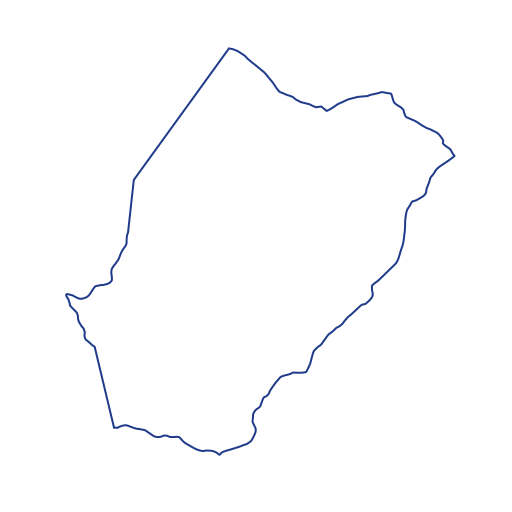 Tatumbla, Francisco Morazán, Honduras, rotated 98°
{"feature_id": "27666195B81412432628344", "entity_name": "Tatumbla", "entity_type": "district", "adm_level": 2, "iso_a3": "HND", "parent_name": "Honduras", "parent_adm1": "Francisco Morazán", "projection": "orthographic", "projection_center": [-87.059, 13.986], "detail": "fine", "context": "isolated", "style": "outline", "palette": "blue", "viewbox_px": 512, "rotation_deg": 98, "n_neighbors": 0, "source": "geoboundaries", "source_scale": "gbopen_adm2", "svg_char_len": 6029}
<svg xmlns="http://www.w3.org/2000/svg" viewBox="0 0 512 512"><g transform="rotate(98 256 256)"><path d="M197.7,387.6L250.5,386.0L252.5,386.4L253.8,386.6L254.6,386.6L258.0,386.4L260.9,386.0L261.9,386.0L262.9,386.2L264.2,386.6L265.3,387.2L267.3,388.3L270.6,389.7L274.6,390.8L277.5,391.4L278.7,391.8L280.4,392.6L287.5,396.5L288.0,396.7L288.6,396.9L289.5,397.1L290.3,397.1L291.4,397.1L292.4,397.0L293.2,396.9L295.1,396.3L298.0,395.6L299.6,395.4L300.0,395.4L300.4,395.5L301.6,396.2L302.3,396.6L302.9,397.2L303.5,397.9L304.1,399.0L304.8,400.4L305.8,402.9L306.2,404.0L306.3,405.3L306.5,406.0L307.4,408.4L308.0,410.2L308.4,410.8L309.2,411.4L309.9,411.9L316.4,415.0L318.0,415.9L318.6,416.3L319.5,417.1L320.3,418.0L321.0,419.1L321.7,420.3L322.3,421.9L322.7,423.0L322.8,424.2L322.8,425.3L322.6,426.3L322.1,427.9L321.6,429.5L320.8,431.4L320.6,431.8L320.2,434.7L320.0,437.2L320.1,438.0L320.4,438.4L320.7,438.6L321.0,438.6L321.6,438.4L322.4,437.9L323.0,437.6L323.6,437.0L324.4,436.2L324.9,435.8L328.0,434.3L329.4,433.7L330.5,433.4L331.2,433.0L333.3,430.4L336.1,426.7L336.8,425.8L337.7,425.2L339.0,424.5L340.7,423.9L341.6,423.7L342.9,423.5L343.5,423.3L344.6,422.8L345.6,422.3L346.6,421.6L347.5,420.9L349.2,419.5L350.0,418.7L351.2,417.3L351.8,416.7L352.3,416.4L353.1,415.9L354.4,415.3L355.4,415.0L356.2,414.9L357.8,414.9L359.0,414.7L360.7,414.1L361.5,413.7L361.9,413.4L362.4,413.0L362.8,412.4L364.3,409.8L366.7,406.3L367.6,404.8L368.4,403.1L445.8,372.7L445.6,372.1L445.5,371.4L445.4,370.9L445.5,369.9L445.4,369.3L445.1,368.7L444.3,367.8L444.0,367.3L442.8,365.0L442.4,363.9L442.0,362.7L441.8,361.9L441.7,361.0L441.8,359.8L442.0,358.5L443.0,354.3L443.6,350.9L443.7,349.7L443.6,347.6L443.7,345.2L443.9,341.8L444.3,340.9L448.5,332.4L448.8,331.4L449.0,330.0L449.1,329.0L449.0,328.2L448.9,327.4L448.6,326.2L448.3,325.3L448.0,324.6L447.6,323.9L447.0,323.0L446.8,322.5L446.6,322.0L446.4,321.2L446.4,320.3L446.4,319.2L446.5,318.5L447.0,317.0L447.1,316.4L447.1,315.5L447.0,314.1L446.8,312.7L446.1,309.1L446.0,308.2L446.0,307.3L446.1,306.9L446.4,306.4L447.8,304.6L449.8,302.2L450.3,301.4L450.9,300.4L451.8,298.4L453.6,294.0L454.7,291.1L455.7,288.3L456.0,286.7L456.4,284.7L456.5,283.2L456.6,281.9L456.4,280.8L455.8,279.0L455.4,277.1L455.2,274.4L455.1,272.8L455.2,271.9L455.3,270.8L456.1,267.9L456.4,267.2L456.8,266.5L457.7,265.2L457.8,264.9L457.8,264.3L457.4,263.9L456.7,263.5L456.1,263.2L455.3,262.3L454.4,261.2L453.2,258.8L450.8,253.5L447.0,245.5L445.1,242.3L444.0,239.9L443.5,239.0L442.1,237.3L440.7,235.8L440.0,235.3L439.4,234.9L437.9,234.2L435.9,233.5L433.7,232.8L432.1,232.3L430.7,232.0L429.8,232.0L429.0,232.0L427.8,232.1L427.2,232.3L426.6,232.5L424.6,233.8L421.6,235.8L421.1,236.1L420.4,236.4L419.5,236.5L418.0,236.5L417.0,236.5L414.1,236.8L412.9,236.7L411.8,236.5L410.9,236.2L410.3,235.9L409.7,235.6L408.7,235.0L407.3,233.8L406.9,233.3L406.2,232.4L405.7,232.0L405.0,231.4L404.4,231.0L403.9,230.8L397.3,229.4L396.6,229.2L395.7,228.9L395.2,228.6L394.6,228.2L394.3,227.8L393.9,227.0L393.5,226.4L392.5,225.4L391.3,224.6L390.7,224.3L390.0,224.0L387.8,223.5L386.9,223.1L383.3,221.4L378.6,218.9L375.7,217.0L373.8,215.8L372.9,215.2L372.4,214.8L372.0,214.3L371.5,213.4L371.0,212.5L370.5,211.5L369.3,208.4L367.8,205.2L366.8,204.0L366.5,203.5L366.3,203.1L365.6,196.8L365.0,193.7L364.7,192.5L364.3,191.2L364.1,190.7L363.8,190.3L363.0,189.8L361.7,189.4L359.6,188.7L355.3,187.4L353.8,187.2L350.0,186.8L344.8,186.1L343.6,185.9L342.5,185.6L341.6,185.2L340.9,184.8L339.1,183.4L337.4,182.0L336.3,180.9L335.2,179.6L334.5,179.1L325.0,174.1L323.9,173.4L323.2,172.9L322.6,172.3L321.4,171.0L320.1,169.8L318.7,168.5L316.9,167.2L316.0,166.4L315.5,165.8L314.7,164.6L314.0,163.7L312.7,162.4L311.8,161.5L310.9,160.9L310.1,160.4L307.3,158.9L304.2,156.8L302.7,155.6L300.9,153.8L300.0,153.1L291.2,146.0L290.2,145.1L289.3,143.9L289.0,143.2L288.8,142.2L288.6,141.7L288.3,141.2L287.8,140.6L286.7,139.6L285.2,138.3L283.3,136.9L281.8,136.0L280.8,135.5L279.8,135.2L279.2,135.1L278.3,135.0L277.5,135.1L276.6,135.3L274.0,136.2L272.3,136.6L269.8,137.0L269.4,137.0L269.1,136.9L268.1,136.2L267.1,135.3L266.0,134.3L264.1,132.3L262.9,131.2L259.1,128.2L253.4,123.8L246.2,118.2L244.2,116.7L243.1,116.1L242.5,115.8L241.6,115.4L239.8,114.9L236.9,114.3L231.5,113.5L224.8,112.3L222.2,112.0L217.6,112.0L211.1,112.1L205.8,112.5L201.1,113.1L199.2,113.2L196.2,113.3L193.4,113.3L191.4,113.1L189.8,112.9L188.5,112.5L184.9,110.8L181.7,109.6L180.8,109.1L180.4,108.8L180.1,108.5L179.9,108.2L179.2,106.4L178.5,105.1L177.3,103.4L175.8,101.5L174.8,100.3L173.7,99.0L172.2,97.7L171.4,97.2L170.6,96.8L169.5,96.5L168.4,96.4L166.5,96.5L165.2,96.3L164.2,96.1L158.8,94.8L157.3,94.6L155.1,94.3L154.4,94.1L153.3,93.7L151.5,92.5L149.9,91.6L148.6,91.0L146.7,90.2L145.4,89.5L143.8,88.3L142.0,86.7L140.2,84.8L137.7,81.9L134.4,78.3L129.7,73.6L129.4,73.4L129.2,73.4L128.9,73.6L128.1,74.6L127.3,75.4L126.6,75.9L124.4,77.5L123.8,78.0L123.4,78.5L122.9,79.1L122.5,79.8L121.2,82.5L120.2,84.2L119.6,85.3L119.0,86.0L118.6,86.4L118.1,86.6L117.5,86.7L116.7,86.6L116.2,86.6L115.5,86.8L114.8,87.2L112.9,88.9L112.0,89.8L110.1,91.8L109.6,92.5L109.1,93.3L108.8,93.9L108.4,94.9L106.4,100.8L106.1,102.0L105.7,104.2L105.0,106.3L103.0,111.1L101.3,114.5L100.0,117.6L99.7,118.7L97.9,125.3L97.6,126.4L97.4,126.7L97.2,127.0L96.5,127.5L95.1,128.4L93.4,129.3L91.8,129.9L91.3,130.1L90.7,130.5L90.2,131.0L89.4,132.1L88.6,133.3L88.0,134.7L87.0,136.9L86.2,138.5L85.3,139.9L84.9,140.4L84.6,140.7L83.8,141.2L82.7,141.8L78.7,143.6L77.1,144.4L76.6,144.8L76.4,145.3L76.3,146.3L76.4,147.5L76.5,148.0L76.2,150.8L76.2,152.7L76.2,154.0L76.3,154.6L76.6,155.4L77.6,157.3L80.4,164.8L80.9,165.9L81.8,167.3L82.1,168.0L82.8,171.0L84.2,177.1L87.7,185.7L88.3,186.9L91.4,191.6L94.3,196.2L94.9,196.9L96.8,198.9L98.1,200.3L99.1,201.5L100.7,203.5L102.5,206.2L98.9,212.1L99.5,214.4L100.3,217.0L99.7,220.1L98.3,224.1L97.4,232.9L95.5,238.3L93.4,241.7L92.7,244.4L92.3,247.2L90.1,255.6L87.1,258.9L82.0,263.4L73.2,273.1L67.6,282.2L64.7,287.2L62.0,291.5L59.1,295.2L55.5,303.0L54.4,307.8L54.2,311.7L56.2,312.7L197.7,387.6Z" fill="none" stroke="#1e3a8a" stroke-width="2"/></g></svg>